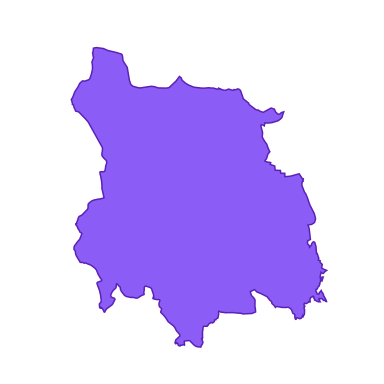 the district of Sacel, Harghita, Romania, rotated 263°
{"feature_id": "2599482B48323275068284", "entity_name": "Sacel", "entity_type": "district", "adm_level": 2, "iso_a3": "ROU", "parent_name": "Romania", "parent_adm1": "Harghita", "projection": "equal_earth", "projection_center": [24.895, 46.344], "detail": "fine", "context": "isolated", "style": "filled", "palette": "violet", "viewbox_px": 384, "rotation_deg": 263, "n_neighbors": 0, "source": "geoboundaries", "source_scale": "gbopen_adm2", "svg_char_len": 5817}
<svg xmlns="http://www.w3.org/2000/svg" viewBox="0 0 384 384"><g transform="rotate(263 192 192)"><path d="M260.4,292.8L259.9,290.3L258.7,288.7L258.7,286.9L261.3,284.7L264.2,283.9L265.7,280.8L262.4,272.3L263.9,269.3L265.3,267.7L265.7,265.7L271.7,259.5L273.5,258.9L278.1,254.4L286.9,252.5L288.2,251.3L288.8,249.9L288.1,247.6L288.6,246.3L287.9,244.8L289.7,241.0L288.9,237.7L289.2,236.0L290.0,234.1L291.0,232.6L290.7,232.2L291.9,231.2L290.8,230.0L292.7,225.5L292.8,223.7L293.4,221.7L293.6,216.7L294.0,214.0L295.8,206.6L298.6,201.6L300.8,198.8L304.0,195.9L306.9,195.0L308.2,193.6L304.0,189.6L298.5,182.1L298.2,179.5L299.4,171.3L301.3,167.0L301.9,164.2L301.6,153.3L302.2,150.9L304.2,146.2L306.1,144.4L310.4,143.5L323.6,142.9L330.7,139.5L334.8,139.6L336.6,139.4L337.6,138.6L339.9,133.4L342.7,125.7L345.2,121.6L347.0,114.7L346.8,111.7L343.4,110.9L342.0,110.2L341.4,110.5L339.0,110.3L337.6,110.8L333.2,108.5L329.8,108.6L326.1,108.2L321.3,106.5L317.3,104.6L316.3,103.7L315.6,101.9L315.7,101.5L315.1,99.6L315.6,96.7L313.5,93.8L310.0,91.5L305.6,87.8L300.1,84.9L298.6,83.5L294.7,84.1L293.6,83.9L292.7,84.9L289.9,85.3L288.2,86.0L286.9,86.1L286.4,86.5L285.5,89.0L284.4,90.0L277.4,95.3L274.1,97.5L246.9,108.5L244.4,108.2L240.9,107.2L239.0,107.1L236.8,108.3L233.5,110.9L231.1,110.9L228.6,109.6L224.5,108.5L223.3,107.9L222.9,106.6L223.2,105.2L223.2,103.5L222.9,103.0L220.4,103.0L218.9,103.3L212.7,103.6L208.2,103.3L206.9,103.0L197.0,104.0L196.4,101.1L196.3,97.6L195.9,93.2L195.2,91.1L194.0,89.1L192.9,87.7L192.0,87.3L189.0,86.9L187.7,86.3L182.6,80.0L181.5,77.0L180.9,76.4L175.8,73.9L174.8,73.7L174.7,72.8L174.0,72.6L171.6,73.9L169.7,74.3L167.8,75.3L165.5,76.1L164.7,77.4L164.0,77.6L158.8,74.8L156.3,72.0L152.7,68.7L151.2,68.1L149.5,67.9L147.5,69.0L145.1,68.9L142.8,69.4L135.8,72.5L135.5,73.4L135.6,74.6L134.5,76.2L134.4,78.2L133.4,79.6L131.8,82.6L128.9,85.7L127.5,86.9L126.0,87.7L121.5,88.9L117.2,90.8L116.0,91.7L115.0,91.5L113.9,87.3L113.4,86.7L112.8,86.5L105.4,88.2L101.0,88.7L95.7,88.7L94.2,88.4L92.1,86.4L88.7,86.2L88.4,86.4L88.8,86.9L88.6,87.5L88.1,88.0L87.7,87.6L87.5,88.3L86.7,89.2L83.5,90.2L83.4,90.6L83.6,90.9L85.0,91.7L86.6,93.3L89.7,98.8L90.6,99.7L94.8,102.5L95.9,102.1L97.4,99.4L98.0,98.8L99.7,98.8L102.2,100.3L104.1,102.0L105.9,104.6L107.3,105.3L109.6,105.7L110.1,106.2L109.8,106.6L107.4,108.1L106.4,109.1L104.5,109.1L102.1,109.7L97.8,112.3L97.0,113.1L96.0,114.7L95.8,115.8L94.9,117.8L94.5,120.9L93.5,123.5L93.4,124.8L93.6,125.5L95.5,129.6L96.0,131.8L96.6,132.1L97.6,131.8L101.2,132.8L102.7,132.8L104.0,133.6L104.2,134.1L104.1,135.0L102.3,138.8L101.1,140.0L94.8,141.3L93.1,141.2L92.3,140.7L91.9,141.1L91.3,140.3L90.9,140.3L90.1,142.2L89.5,144.0L89.2,146.4L88.4,147.0L86.0,145.8L84.0,145.5L82.1,145.7L80.2,147.4L79.6,147.6L76.8,146.3L76.2,146.4L73.6,148.5L70.5,150.5L66.2,152.5L61.5,157.2L59.6,158.4L56.0,159.7L54.0,161.2L51.6,162.5L50.5,162.4L47.2,157.9L44.3,156.7L43.4,157.4L44.3,158.2L44.0,158.6L43.6,158.6L43.6,159.2L43.0,159.3L42.9,159.6L41.5,159.7L40.8,160.7L40.7,161.5L41.3,161.7L41.1,163.2L41.6,164.7L41.4,165.2L40.9,165.7L41.1,166.0L44.7,166.1L45.0,166.5L44.9,171.0L44.4,171.9L40.4,174.9L38.4,177.0L37.7,178.6L37.0,181.8L39.0,183.0L39.9,183.8L41.6,184.6L44.9,183.6L45.3,183.8L45.1,184.4L46.1,184.4L46.4,184.9L48.6,184.8L49.0,185.2L49.5,185.0L50.6,185.1L51.0,185.4L51.9,185.3L53.8,186.0L56.7,186.6L57.3,187.4L57.0,189.4L57.0,191.0L58.8,192.4L60.3,195.2L59.7,195.8L59.5,196.3L59.9,197.2L60.7,198.4L62.3,198.9L62.3,200.2L63.2,200.7L63.8,202.4L67.5,203.6L69.7,203.7L70.5,204.1L69.3,205.9L68.1,210.7L67.3,217.8L65.5,226.2L64.8,227.6L64.1,236.6L65.2,240.5L68.7,240.7L70.6,240.5L77.2,241.4L79.1,240.6L82.1,238.4L86.0,237.7L87.5,242.2L84.9,244.2L82.3,248.8L78.8,253.9L75.0,256.1L73.7,257.5L71.5,257.8L69.5,259.6L67.3,260.7L67.9,261.5L68.0,262.1L66.4,267.7L65.9,271.2L66.0,273.2L65.2,274.6L63.1,276.4L59.5,277.2L57.9,279.1L55.5,278.8L53.4,279.0L53.0,279.4L53.1,279.9L54.1,280.1L54.4,280.4L54.0,281.8L53.1,283.5L53.3,284.8L54.1,285.8L55.7,286.7L54.0,286.9L55.7,287.5L56.5,288.4L57.1,288.7L61.4,289.4L63.4,289.0L64.9,290.1L65.8,289.3L67.6,289.8L67.8,290.3L67.4,291.0L67.4,291.9L68.2,293.9L69.0,294.5L68.4,295.5L68.5,295.9L70.1,296.0L71.1,295.8L72.0,296.6L72.7,296.8L73.2,297.4L73.1,298.4L73.8,299.3L73.7,299.7L72.5,300.2L71.7,300.0L70.9,300.6L69.9,300.4L67.7,303.8L67.4,305.9L70.0,304.9L70.6,305.0L70.8,305.4L70.3,306.5L70.4,307.3L70.3,308.0L69.1,309.0L68.4,309.1L68.4,310.2L66.9,311.7L66.9,312.2L69.0,311.7L72.3,310.4L73.1,309.9L74.4,310.0L75.5,309.3L76.0,309.4L76.5,308.9L78.5,308.2L77.6,307.5L76.8,306.2L75.5,305.9L75.3,304.9L75.8,303.7L77.7,303.4L78.5,302.9L80.2,303.2L80.5,304.5L82.6,305.7L83.1,306.7L85.1,307.5L85.2,307.8L86.1,307.6L87.5,308.8L90.1,308.9L90.2,309.2L90.0,309.5L88.4,309.9L88.0,310.2L91.3,311.7L91.6,311.9L91.7,311.4L91.5,309.7L91.9,308.7L96.7,310.3L95.7,311.1L95.1,312.2L95.5,312.9L96.5,313.8L97.8,316.1L99.5,313.0L100.7,311.6L101.2,311.5L104.3,312.5L106.5,310.6L108.3,310.8L109.1,309.0L110.8,309.8L115.8,308.7L115.8,308.1L122.9,308.4L127.1,307.7L127.8,306.5L127.5,305.9L126.1,304.5L124.4,303.7L122.9,302.0L124.4,302.0L126.3,300.5L126.9,300.4L129.4,300.8L130.5,303.8L142.1,303.8L145.1,303.1L145.3,306.9L146.8,309.9L150.3,311.4L155.5,310.8L164.8,307.4L172.4,305.8L176.5,304.6L177.9,303.7L184.7,302.0L185.6,301.9L187.9,302.4L189.3,303.0L189.1,303.6L189.4,303.8L189.8,303.4L191.6,304.1L191.9,303.1L197.0,300.6L195.7,291.5L195.9,286.0L199.2,286.4L199.9,282.3L202.6,282.4L203.5,277.2L207.7,277.3L209.9,272.9L211.6,273.7L212.0,272.7L212.3,271.1L213.5,268.3L213.8,268.2L214.5,268.4L215.9,270.0L220.4,272.0L222.5,274.2L223.8,273.5L224.8,273.4L225.7,273.0L230.4,272.0L233.6,270.2L237.7,268.5L238.6,268.5L242.1,269.3L249.8,268.4L250.2,269.0L250.1,270.1L248.8,271.8L251.8,272.9L251.2,275.3L251.1,279.9L252.2,286.1L253.6,288.6L254.8,290.2L260.4,292.8Z" fill="#8b5cf6" stroke="#5b21b6" stroke-width="1.5"/></g></svg>